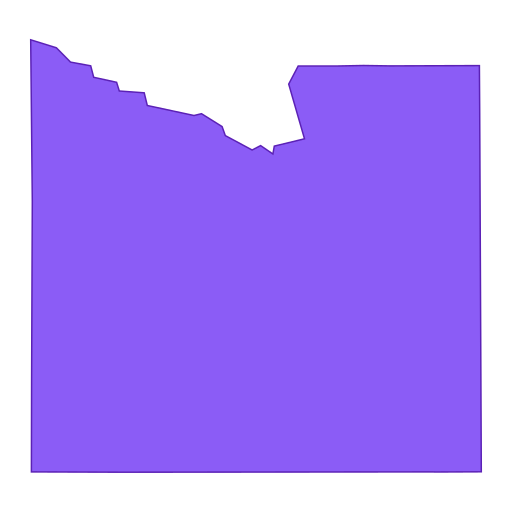 Blue Earth, Minnesota, United States of America
{"feature_id": "52423323B75233967611088", "entity_name": "Blue Earth", "entity_type": "district", "adm_level": 2, "iso_a3": "USA", "parent_name": "United States of America", "parent_adm1": "Minnesota", "projection": "albers", "projection_center": [-94.099, 44.056], "detail": "fine", "context": "isolated", "style": "filled", "palette": "violet", "viewbox_px": 512, "rotation_deg": 0, "n_neighbors": 0, "source": "geoboundaries", "source_scale": "gbopen_adm2", "svg_char_len": 529}
<svg xmlns="http://www.w3.org/2000/svg" viewBox="0 0 512 512"><path d="M31.4,471.9L122.5,472.2L430.9,471.9L432.5,471.9L435.3,472.0L437.3,472.0L481.3,471.8L479.7,110.8L479.4,65.6L389.9,65.9L363.5,65.5L337.4,66.0L298.2,66.0L288.7,84.1L304.5,138.8L274.3,146.1L272.9,154.0L260.6,145.6L252.1,150.0L225.3,135.6L222.1,126.6L201.5,113.7L194.0,115.5L147.3,105.5L144.2,92.8L119.3,91.0L116.6,82.3L93.7,77.3L90.7,65.8L70.5,62.1L56.4,47.8L30.7,39.8L32.3,201.4L31.6,381.7L31.4,471.9Z" fill="#8b5cf6" stroke="#5b21b6" stroke-width="1.5"/></svg>